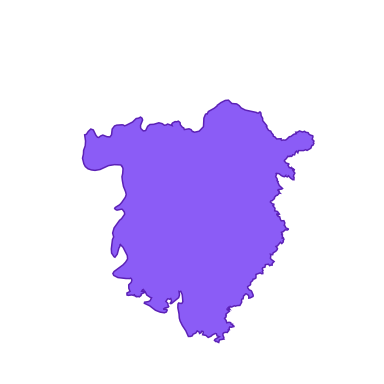 outline of Kishoreganj, Dhaka, Bangladesh, rotated 130°
{"feature_id": "16705992B82604838368079", "entity_name": "Kishoreganj", "entity_type": "district", "adm_level": 2, "iso_a3": "BGD", "parent_name": "Bangladesh", "parent_adm1": "Dhaka", "projection": "mercator", "projection_center": [90.932, 24.337], "detail": "fine", "context": "isolated", "style": "filled", "palette": "violet", "viewbox_px": 384, "rotation_deg": 130, "n_neighbors": 0, "source": "geoboundaries", "source_scale": "gbopen_adm2", "svg_char_len": 5966}
<svg xmlns="http://www.w3.org/2000/svg" viewBox="0 0 384 384"><g transform="rotate(130 192 192)"><path d="M279.5,222.4L287.5,217.2L290.5,214.3L291.7,210.2L291.5,209.1L287.7,209.3L281.9,212.0L280.0,212.3L278.8,213.2L278.3,213.2L278.7,209.2L282.3,200.7L284.7,198.3L288.4,197.8L292.2,198.0L303.0,200.6L305.3,200.2L306.2,198.3L305.2,193.8L300.6,186.8L298.2,183.9L297.4,183.6L297.5,182.5L298.1,181.5L300.2,180.5L303.8,180.8L306.4,178.5L308.0,175.6L311.2,176.9L312.7,175.6L312.2,174.4L309.7,172.1L309.0,170.8L307.8,170.1L308.5,169.5L308.0,168.9L308.2,168.0L307.7,167.6L307.8,166.9L306.6,166.1L306.3,165.0L304.0,164.5L302.8,165.3L299.9,163.9L299.2,164.8L300.4,166.8L298.6,167.0L297.9,166.6L298.6,164.6L298.4,164.0L300.0,160.4L299.5,156.1L299.0,155.0L302.2,154.2L304.0,155.0L306.9,157.5L307.9,157.0L306.4,151.4L306.1,144.0L304.5,139.2L302.3,135.5L300.4,134.5L298.4,135.1L298.3,136.0L300.0,138.2L299.7,138.6L298.0,138.1L295.8,136.3L294.7,136.2L293.9,137.9L292.9,138.8L292.6,141.7L289.7,142.0L289.2,141.8L288.5,140.2L287.3,139.8L288.7,137.5L291.3,137.2L291.3,136.7L290.5,136.0L281.5,134.3L278.9,135.4L276.6,137.9L276.5,137.4L275.3,136.8L276.9,133.5L281.9,128.5L283.7,128.2L284.4,128.7L285.6,130.9L286.9,130.7L289.8,128.4L293.7,123.6L296.8,120.6L298.5,118.1L300.5,113.5L302.3,107.5L305.0,101.9L303.6,100.3L301.9,99.3L300.3,99.8L297.5,98.4L295.1,98.7L294.7,96.2L295.5,95.3L294.0,94.6L292.6,95.2L291.8,94.1L292.1,93.2L294.5,92.1L292.9,89.1L293.0,86.1L290.2,84.7L288.4,84.5L285.5,83.3L284.9,82.1L286.1,80.4L285.3,78.0L290.1,79.7L291.2,79.5L291.3,77.7L290.8,77.4L290.1,74.8L287.7,75.9L284.1,73.0L283.9,73.7L283.0,74.0L281.8,76.3L280.8,77.1L279.8,77.3L278.2,76.4L276.8,74.6L276.2,74.9L275.1,74.7L274.3,75.6L273.5,74.8L272.5,76.0L271.1,76.3L270.4,75.0L268.1,73.4L267.7,74.0L268.1,75.1L267.2,75.9L268.1,77.0L267.2,78.4L268.0,79.9L269.8,81.3L268.5,83.3L267.8,85.9L265.7,85.6L265.0,86.6L264.4,86.5L263.8,87.5L259.2,86.7L259.0,87.4L259.6,89.3L259.2,89.9L258.4,89.4L257.6,87.8L257.3,90.0L256.5,89.8L256.6,88.7L255.1,89.2L254.7,87.7L251.9,86.4L251.6,85.4L250.0,84.4L248.1,82.4L244.5,83.1L242.8,84.7L241.7,84.9L241.0,84.2L238.3,85.8L237.3,85.4L235.7,85.5L235.1,84.9L234.9,82.3L235.5,81.3L236.8,80.3L235.8,79.4L232.8,78.1L231.7,78.8L229.8,82.4L229.6,83.4L230.2,85.2L229.6,87.7L228.7,88.6L225.8,87.6L225.0,87.8L223.7,89.0L220.8,88.6L219.6,89.2L218.3,88.2L216.7,87.8L214.0,90.0L210.2,87.8L209.8,86.0L209.0,85.3L208.2,85.9L207.7,87.0L206.5,87.1L205.7,88.8L204.5,89.1L202.6,87.8L200.5,89.1L198.2,87.1L198.5,85.1L197.5,84.8L196.5,83.6L195.2,84.6L192.5,84.4L192.7,87.9L192.4,89.3L190.0,90.8L189.3,91.9L188.2,89.9L186.4,90.7L183.5,89.7L181.4,89.7L180.3,90.2L179.7,92.7L178.4,91.9L173.7,92.0L173.8,90.1L171.5,90.0L170.8,90.9L169.2,91.1L168.4,92.5L169.3,93.2L167.5,94.4L166.8,96.0L166.2,95.7L165.4,97.6L163.7,96.6L161.1,96.3L159.8,94.5L158.8,94.2L158.4,94.5L159.2,97.3L158.3,98.5L158.3,99.8L156.0,101.0L154.9,103.2L156.7,105.1L156.3,106.5L154.6,108.9L155.3,110.1L154.8,112.5L153.7,113.1L154.1,112.5L154.0,111.2L152.8,110.7L152.0,114.0L153.2,116.6L151.1,118.0L150.5,121.2L149.3,120.9L148.7,121.5L149.4,122.9L149.3,125.6L148.0,125.8L147.3,125.1L144.1,124.6L143.3,125.3L141.2,125.3L140.1,125.0L139.6,124.5L136.7,124.4L136.3,123.8L136.1,125.4L135.5,125.6L135.5,126.7L135.1,126.7L135.4,127.2L134.8,127.5L132.0,125.1L131.1,124.9L130.9,129.3L129.4,132.5L128.6,132.7L128.7,134.1L127.8,134.5L127.1,135.4L126.4,137.8L124.0,138.7L123.7,140.0L123.4,138.8L122.6,138.2L122.0,136.9L122.0,134.1L121.5,132.1L120.9,131.0L119.5,130.8L119.8,130.6L119.1,128.6L117.6,128.6L118.0,125.3L117.8,122.7L117.1,121.8L115.1,123.3L115.0,124.2L113.3,125.1L111.7,125.2L111.2,125.8L111.1,127.4L109.7,127.8L110.2,128.5L109.6,128.5L110.0,129.0L109.3,129.3L109.8,129.7L109.3,130.5L110.0,131.1L109.5,131.7L110.0,131.8L110.8,133.2L109.8,135.7L108.6,135.6L108.2,136.0L109.3,138.5L108.9,141.2L108.3,141.5L105.9,141.2L102.9,141.5L102.6,140.4L101.3,140.0L101.2,139.0L100.3,138.5L98.7,138.8L97.6,137.3L95.1,138.3L93.6,138.2L94.0,136.1L91.8,137.0L88.6,133.2L86.5,132.1L86.2,130.6L82.1,129.1L79.3,130.1L78.5,129.4L76.4,129.9L75.9,131.0L74.6,131.3L74.3,133.9L72.0,134.8L71.3,135.7L72.3,137.9L72.5,139.7L71.9,141.2L73.2,143.4L73.1,144.8L75.0,145.9L76.1,148.9L78.5,149.7L79.5,150.9L80.2,149.6L82.5,151.2L85.8,151.9L87.1,153.0L91.2,153.4L92.5,154.0L93.5,155.6L94.7,156.4L94.7,157.5L93.9,158.0L96.9,161.2L96.5,164.0L97.0,165.5L95.9,166.8L95.7,168.7L94.8,170.8L95.5,173.1L94.4,176.4L94.2,177.0L93.4,176.9L93.1,177.4L91.9,183.7L90.1,185.3L89.1,188.1L87.2,190.0L86.9,191.2L87.4,191.7L88.6,191.6L89.6,192.9L89.7,193.9L95.0,203.9L96.0,208.4L95.5,211.5L95.8,214.4L98.6,218.4L98.2,223.1L100.5,225.4L104.9,227.3L109.4,228.4L109.9,228.1L113.5,228.8L119.8,231.2L122.5,230.5L122.9,231.3L123.8,231.6L127.7,230.4L134.6,225.2L140.8,225.6L144.1,228.1L144.8,228.7L144.8,229.6L145.4,230.6L144.8,232.8L145.5,234.9L149.1,238.0L148.2,239.6L148.6,240.9L148.0,244.1L146.5,245.8L146.5,248.0L148.2,249.0L148.9,250.2L151.7,251.3L153.2,251.1L153.9,249.9L155.6,254.4L157.2,254.9L158.6,256.0L158.8,258.8L160.3,261.9L164.7,264.8L167.3,267.6L170.2,268.2L174.3,267.1L175.2,267.3L176.5,268.6L176.3,271.8L175.7,272.8L174.0,274.3L168.6,276.1L167.6,277.7L167.7,279.6L169.8,280.4L171.6,282.0L176.6,282.5L183.6,285.5L184.7,286.3L184.9,287.9L185.5,288.8L189.1,292.6L191.2,293.8L195.1,293.6L199.9,290.4L202.6,290.3L204.3,292.7L205.7,296.9L207.8,298.0L210.2,298.5L210.8,299.6L210.4,301.9L207.9,307.5L208.8,310.0L212.3,310.4L215.7,310.0L217.2,311.0L221.4,306.3L225.2,303.5L229.8,301.8L232.8,299.5L236.5,297.6L239.9,293.0L241.1,290.1L241.1,286.6L239.8,283.3L237.8,280.2L233.9,276.9L225.4,272.9L220.9,269.0L217.0,263.9L217.5,262.3L217.2,262.1L218.5,259.8L222.5,256.9L225.3,255.5L228.0,252.7L231.8,248.1L234.6,242.9L236.3,240.7L238.9,239.7L245.3,239.1L248.2,239.2L253.0,240.8L254.2,240.8L254.6,239.6L254.1,237.8L250.3,234.8L250.1,234.2L250.8,231.0L252.3,229.3L257.7,228.8L260.2,229.3L269.6,228.6L274.5,226.4L276.8,223.1L279.5,222.4Z" fill="#8b5cf6" stroke="#5b21b6" stroke-width="1.5"/></g></svg>